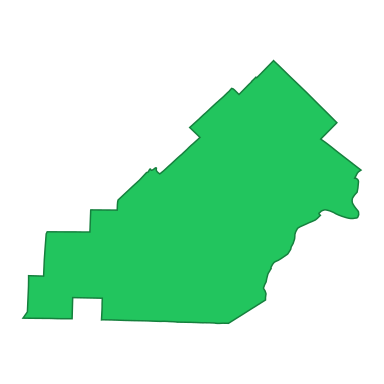 Frasinet, Calarasi, Romania
{"feature_id": "2599482B90916905842338", "entity_name": "Frasinet", "entity_type": "district", "adm_level": 2, "iso_a3": "ROU", "parent_name": "Romania", "parent_adm1": "Calarasi", "projection": "robinson", "projection_center": [26.835, 44.326], "detail": "fine", "context": "isolated", "style": "filled", "palette": "green", "viewbox_px": 384, "rotation_deg": 0, "n_neighbors": 0, "source": "geoboundaries", "source_scale": "gbopen_adm2", "svg_char_len": 3784}
<svg xmlns="http://www.w3.org/2000/svg" viewBox="0 0 384 384"><path d="M23.0,318.1L25.7,318.2L26.5,318.2L36.0,318.3L39.1,318.3L44.3,318.4L49.4,318.4L53.0,318.5L55.6,318.6L61.0,318.7L72.1,318.7L72.6,300.7L72.7,297.6L102.1,298.2L102.3,298.2L102.1,303.9L102.1,307.0L102.0,310.2L101.5,319.9L102.2,319.8L104.3,319.8L109.5,319.9L111.7,319.9L112.9,320.0L117.0,320.1L124.4,320.4L129.1,320.5L132.7,320.6L138.6,320.7L144.3,320.8L148.0,320.9L152.3,321.1L157.6,321.3L160.9,321.4L162.6,321.3L164.7,321.3L166.6,321.4L167.2,321.4L168.2,321.5L170.3,321.6L173.2,321.7L175.9,321.9L177.1,322.1L183.5,322.2L188.1,322.3L191.1,322.3L192.2,322.4L195.9,322.5L198.2,322.6L200.4,322.7L203.4,322.8L204.5,322.7L207.2,322.8L209.8,322.8L211.7,322.9L214.5,323.0L215.4,323.2L216.3,323.3L217.5,323.4L219.3,323.4L222.8,323.2L228.5,323.3L248.5,310.7L251.0,309.1L264.4,300.7L265.5,300.0L265.5,298.8L265.5,297.6L265.8,295.2L266.0,294.0L265.9,293.5L265.6,292.5L265.1,291.0L263.6,288.6L263.6,287.6L264.0,286.6L264.6,284.8L266.1,281.9L266.8,278.3L267.8,274.4L268.4,273.0L269.5,271.3L269.9,270.5L270.3,269.8L270.6,269.3L271.0,268.9L271.1,268.6L270.9,268.5L270.8,268.2L271.2,267.0L271.9,265.6L272.6,264.3L274.1,262.4L275.4,261.6L276.7,261.0L278.3,260.3L281.4,258.4L287.6,254.1L288.4,253.0L290.7,249.3L291.2,246.9L293.1,243.5L294.6,238.9L294.8,236.8L294.9,234.4L295.7,231.8L296.5,230.3L297.3,228.8L298.1,227.9L300.2,226.7L302.0,225.9L306.5,223.9L309.0,222.7L312.0,221.5L315.3,220.0L317.3,218.4L320.4,215.3L319.3,214.3L319.1,213.9L319.0,213.6L318.9,213.3L319.2,213.1L320.7,211.7L321.5,210.9L322.2,210.7L322.8,210.4L324.8,209.8L325.7,209.9L326.8,210.1L329.6,210.8L330.4,211.1L331.1,211.4L333.7,212.5L335.7,213.7L338.8,215.1L342.3,216.4L345.8,217.5L347.7,218.0L349.8,218.4L350.6,218.5L351.8,218.5L353.1,218.5L354.7,218.2L356.6,218.0L357.4,217.6L357.9,216.9L358.3,215.7L358.6,215.1L358.7,214.6L358.6,213.2L358.5,211.9L357.9,210.8L356.7,209.4L355.2,207.5L354.0,205.8L352.4,203.0L352.2,201.4L352.1,200.6L352.3,199.3L352.5,198.1L354.3,195.4L354.5,195.1L355.8,193.6L357.1,192.2L357.9,188.0L358.1,185.8L358.5,181.7L358.2,180.3L357.6,179.5L356.3,178.4L354.7,178.2L357.3,173.2L357.8,172.6L358.5,171.8L359.7,171.0L361.0,170.1L354.0,164.7L342.4,155.7L337.6,152.0L331.0,146.7L328.3,144.6L325.4,142.4L322.3,140.2L320.7,139.1L336.9,122.7L327.8,113.6L318.7,104.6L306.4,92.3L289.5,76.1L279.8,66.6L275.5,62.5L273.9,61.0L273.6,60.6L272.7,61.5L260.4,74.1L256.9,77.6L256.7,77.7L256.4,77.7L255.9,77.2L253.4,79.7L251.5,81.5L251.6,81.9L248.9,84.4L243.9,89.5L239.0,94.5L234.5,90.0L233.0,88.8L231.6,88.4L229.0,91.4L227.4,92.8L226.5,93.7L225.7,94.5L224.4,95.7L224.1,96.1L219.3,100.3L218.5,101.1L216.5,102.8L215.0,104.2L211.4,107.5L205.7,112.9L203.6,114.7L201.7,116.5L198.4,119.6L196.2,121.6L189.7,127.5L200.0,137.4L198.1,139.2L196.2,140.9L195.2,141.8L192.9,143.9L191.1,145.4L190.3,146.2L189.7,146.7L188.9,147.5L188.5,147.9L188.4,148.0L188.2,148.2L186.7,149.7L185.2,151.1L182.1,154.0L181.4,154.8L180.9,155.0L177.1,158.4L171.3,163.8L168.6,166.2L165.6,169.0L163.3,171.1L162.5,171.7L161.3,172.7L159.8,173.9L158.1,172.7L157.1,171.7L156.5,170.8L156.2,169.9L156.3,169.3L156.4,168.4L156.4,168.1L156.2,167.9L155.8,167.8L155.1,168.1L154.3,168.7L153.4,169.5L152.5,170.0L151.9,170.2L151.4,170.3L151.0,170.1L150.5,169.1L150.1,169.0L149.8,169.3L149.4,169.8L149.1,170.4L148.3,171.8L147.8,172.2L146.5,172.6L139.4,180.2L132.7,186.3L118.1,200.0L117.6,202.1L117.6,202.6L117.4,204.7L117.3,207.6L117.2,210.1L90.8,209.9L90.7,210.2L90.7,210.5L90.6,213.5L90.5,215.9L90.1,227.0L90.1,227.5L90.0,229.6L89.9,232.0L82.5,232.0L75.4,231.9L73.0,231.9L66.8,231.9L47.2,231.8L46.2,233.9L45.1,248.3L44.3,259.8L44.0,267.0L43.6,276.1L28.6,275.7L28.6,277.3L28.6,279.1L28.5,286.3L28.3,291.4L27.9,300.6L27.4,311.9L26.7,312.9L23.0,318.1Z" fill="#22c55e" stroke="#15803d" stroke-width="1.5"/></svg>